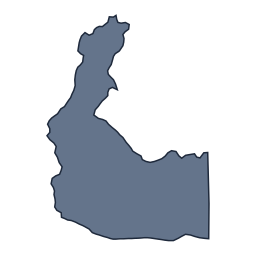 the district of Rio Novo do Sul, Espírito Santo, Brazil
{"feature_id": "56859067B31153561373586", "entity_name": "Rio Novo do Sul", "entity_type": "district", "adm_level": 2, "iso_a3": "BRA", "parent_name": "Brazil", "parent_adm1": "Espírito Santo", "projection": "mercator", "projection_center": [-40.93, -20.784], "detail": "fine", "context": "isolated", "style": "filled", "palette": "slate", "viewbox_px": 256, "rotation_deg": 0, "n_neighbors": 0, "source": "geoboundaries", "source_scale": "gbopen_adm2", "svg_char_len": 2053}
<svg xmlns="http://www.w3.org/2000/svg" viewBox="0 0 256 256"><path d="M109.3,16.8L107.9,22.2L104.6,24.8L102.4,26.6L99.3,26.4L96.6,27.6L94.4,29.6L92.9,33.6L89.1,35.2L85.0,32.6L81.5,36.1L80.0,39.8L79.2,42.7L78.7,45.8L77.9,50.9L80.6,53.7L83.6,55.4L83.1,58.5L82.7,62.0L80.4,64.9L77.8,67.2L76.3,70.5L75.4,74.7L74.8,79.8L75.2,85.6L73.8,90.4L72.0,94.1L70.6,97.7L68.7,100.2L66.7,103.2L64.5,106.6L60.8,108.9L57.6,113.8L54.3,116.1L51.6,118.1L49.3,120.7L47.6,124.2L49.8,128.7L49.8,132.4L47.0,135.7L49.9,139.7L53.9,143.0L56.2,146.5L55.5,149.6L54.8,152.8L57.4,157.2L59.2,162.6L62.1,166.8L61.2,170.3L59.6,174.3L55.7,175.9L52.2,178.4L51.1,183.8L53.4,187.5L54.5,191.0L54.0,194.6L55.0,198.8L55.4,202.4L54.7,207.0L56.9,210.4L61.2,212.7L61.5,217.3L64.4,218.4L67.7,220.0L71.3,220.5L75.5,222.1L79.1,224.0L82.9,225.6L89.1,229.0L92.3,232.6L96.1,234.1L99.3,235.0L103.7,236.5L107.5,237.5L110.3,238.5L113.0,239.1L116.0,239.1L119.9,238.8L123.4,238.8L128.3,238.5L131.8,238.5L134.6,238.3L137.7,238.2L141.1,238.0L144.3,237.7L147.5,237.7L150.7,238.0L155.3,238.7L161.7,239.6L164.6,240.1L168.7,240.6L173.4,240.6L178.4,238.2L181.5,236.4L185.5,234.3L190.5,235.0L194.6,236.4L199.5,237.7L205.1,238.4L208.7,238.7L209.0,203.7L207.7,152.5L203.8,152.8L200.0,157.9L196.7,157.1L194.5,153.8L189.6,154.6L185.6,155.3L181.7,158.2L178.8,155.8L176.0,151.5L171.5,150.7L167.9,152.8L165.2,156.1L161.8,158.7L158.0,160.2L154.3,161.5L150.1,162.4L145.8,161.4L142.3,159.6L141.0,156.0L136.6,153.6L132.7,151.1L131.2,148.4L128.9,145.5L126.2,142.4L122.9,137.5L119.6,134.7L117.6,132.2L115.5,130.2L112.0,127.4L108.5,124.3L106.0,121.0L102.7,119.5L98.4,118.4L93.8,115.0L95.2,109.8L98.3,106.3L100.2,103.6L102.2,101.0L105.5,98.1L107.8,95.6L107.8,92.3L109.1,88.9L112.4,87.4L117.3,89.7L115.5,84.0L113.5,79.8L110.7,77.0L108.3,74.4L107.6,70.8L109.2,67.6L111.2,64.6L112.6,59.7L113.5,56.3L115.2,53.7L119.4,50.9L122.9,45.7L123.7,42.2L124.0,38.5L122.9,34.5L125.1,31.8L128.6,29.2L129.2,24.5L125.4,22.5L121.1,23.2L117.9,22.4L116.7,19.3L116.0,15.4L113.4,17.1L109.3,16.8Z" fill="#64748b" stroke="#1e293b" stroke-width="1.5"/></svg>